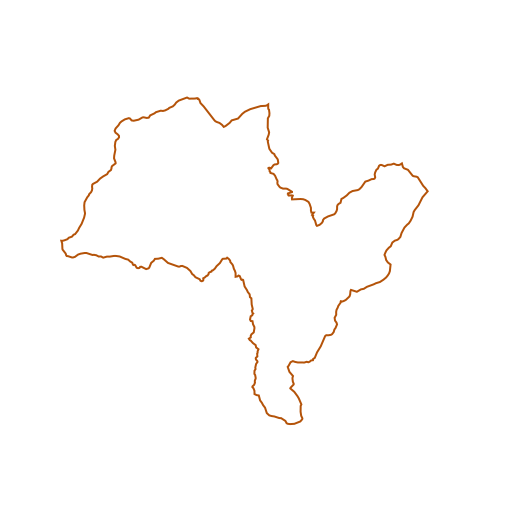 outline of San Gil, Santander, Colombia, rotated 163°
{"feature_id": "7082276B87231818219004", "entity_name": "San Gil", "entity_type": "district", "adm_level": 2, "iso_a3": "COL", "parent_name": "Colombia", "parent_adm1": "Santander", "projection": "mercator", "projection_center": [-73.117, 6.565], "detail": "fine", "context": "isolated", "style": "outline", "palette": "amber", "viewbox_px": 512, "rotation_deg": 163, "n_neighbors": 0, "source": "geoboundaries", "source_scale": "gbopen_adm2", "svg_char_len": 6116}
<svg xmlns="http://www.w3.org/2000/svg" viewBox="0 0 512 512"><g transform="rotate(163 256 256)"><path d="M72.9,267.7L74.2,271.4L75.6,274.2L78.3,284.0L79.3,284.9L81.9,286.2L82.7,286.9L85.5,294.0L88.8,296.6L89.5,298.2L89.4,301.9L91.3,301.3L92.8,301.2L94.9,302.0L97.2,304.0L100.1,303.9L103.4,304.7L106.8,304.2L109.0,306.1L109.9,306.6L111.1,306.6L111.9,306.3L113.9,303.9L115.6,303.3L117.6,301.1L118.7,299.2L119.0,296.4L119.9,295.4L120.8,295.2L123.0,295.7L126.5,295.2L129.7,295.2L134.9,291.1L137.7,289.6L139.4,289.3L144.7,289.9L148.2,289.2L151.5,287.4L155.5,286.0L157.6,285.6L159.6,282.2L161.9,281.6L163.2,280.8L163.9,279.8L164.8,277.0L165.8,275.5L167.8,273.6L169.1,273.0L175.5,272.8L179.9,271.9L181.5,270.7L182.0,269.5L183.5,268.3L186.1,267.2L188.9,267.0L189.3,268.0L189.2,272.6L189.9,274.8L190.2,277.1L189.6,277.8L190.4,278.8L188.0,280.6L190.3,281.3L190.2,283.3L189.4,286.0L189.5,290.0L190.0,292.4L192.5,295.2L194.3,296.5L196.8,297.5L205.0,299.6L204.7,301.1L203.2,303.0L204.0,303.5L207.0,304.2L207.3,304.6L207.0,305.7L207.4,306.1L207.2,306.5L202.9,306.6L202.8,306.9L206.4,311.0L207.6,311.7L210.4,312.5L212.7,314.3L213.3,315.3L214.4,318.4L214.2,319.7L213.6,320.9L213.5,322.2L213.8,323.0L214.3,327.2L215.2,329.4L217.9,331.2L217.8,332.1L218.2,333.0L217.8,334.7L218.5,336.2L218.4,336.5L217.6,336.6L216.7,336.1L215.9,335.4L212.7,337.8L211.4,338.1L209.5,337.7L208.4,337.8L207.5,338.5L207.0,341.5L207.1,342.5L208.6,346.5L208.7,348.1L210.5,350.1L211.9,354.6L211.3,361.9L210.7,362.8L211.4,364.4L208.4,368.3L207.3,370.4L207.3,375.3L204.4,384.2L202.3,386.2L201.4,388.6L200.8,392.1L201.2,392.9L201.1,393.9L200.0,397.4L201.9,396.8L203.2,396.9L207.7,398.0L218.5,398.1L224.4,397.2L227.5,396.0L233.0,392.7L239.6,392.8L242.3,391.0L247.1,389.2L249.1,388.9L250.1,391.3L252.0,393.9L254.4,395.7L255.5,396.8L256.2,398.2L262.3,414.3L264.4,418.5L264.5,421.7L265.1,423.2L265.8,423.3L265.8,424.0L266.2,424.2L268.3,424.4L273.9,426.0L275.6,427.7L284.4,427.2L287.4,426.1L289.5,424.5L291.8,423.4L295.7,423.0L296.7,422.4L300.3,421.8L302.6,421.9L304.6,422.8L309.6,422.8L311.4,422.1L316.1,421.4L318.0,419.7L318.6,419.7L320.2,420.0L322.9,421.5L324.1,421.7L328.4,420.7L333.4,421.1L335.3,422.0L336.3,424.3L337.3,425.0L341.5,425.0L345.3,424.0L347.2,423.1L349.3,421.2L353.0,419.0L354.6,417.0L354.3,415.0L352.7,412.8L351.9,411.0L352.3,409.5L354.0,408.2L355.6,407.9L357.1,406.3L358.8,402.6L359.4,398.7L362.2,393.5L363.2,390.9L362.9,386.7L363.2,385.6L367.3,384.1L368.2,383.1L368.6,382.0L369.6,380.6L372.5,379.6L374.4,377.8L378.9,376.8L382.5,375.6L386.2,373.5L390.8,372.6L391.7,372.1L392.6,370.0L392.8,368.5L393.7,366.7L395.0,365.3L397.6,363.8L398.1,362.9L400.2,361.5L404.2,357.6L405.5,354.6L406.6,350.3L407.0,346.9L407.4,346.0L409.2,342.9L413.4,337.7L416.9,334.6L418.9,332.4L422.6,329.8L424.2,329.7L426.4,328.3L429.7,328.2L431.4,327.2L434.8,327.0L436.7,327.1L437.7,327.5L437.7,324.7L439.0,319.6L439.1,318.7L437.3,314.0L437.3,312.1L437.0,311.3L435.8,310.8L432.4,308.4L431.5,308.1L429.4,308.1L425.7,309.4L423.1,309.5L419.2,309.0L417.2,308.4L412.1,304.8L410.6,304.5L408.5,303.4L406.6,301.5L404.4,300.9L402.6,299.1L398.6,299.0L396.2,298.2L391.9,297.6L389.9,297.0L386.5,295.4L381.8,291.4L379.3,289.9L377.9,287.5L376.3,285.8L376.2,283.8L375.9,283.2L374.7,283.1L374.2,282.5L373.6,279.8L373.1,279.2L371.8,278.7L370.9,278.7L370.0,279.5L368.8,279.3L364.9,275.6L362.4,275.6L361.5,276.1L358.2,280.1L355.1,281.4L353.5,282.8L350.3,282.0L346.6,281.8L345.2,280.0L342.2,275.1L333.4,268.6L332.2,268.2L330.7,268.4L329.3,268.0L325.5,264.8L323.1,260.8L322.3,257.4L321.1,255.8L320.1,253.4L316.7,250.3L316.3,248.5L315.2,247.7L313.9,247.9L313.3,248.5L313.0,250.1L311.4,250.4L309.1,251.5L308.2,251.4L306.7,252.5L306.3,253.5L305.3,254.0L303.2,254.1L302.6,254.9L301.4,254.9L299.1,255.9L296.7,257.8L292.6,259.8L289.3,262.7L288.5,263.0L285.1,262.2L284.1,262.8L282.9,261.2L282.1,259.2L282.3,257.7L281.0,254.7L280.8,253.2L280.9,250.2L280.5,248.0L280.5,245.7L281.6,242.1L279.6,241.9L278.4,242.4L277.9,242.0L277.4,241.5L277.1,238.0L276.8,237.4L275.7,237.3L275.3,236.8L275.8,230.2L274.6,225.9L274.4,224.0L273.3,221.2L273.8,218.4L272.8,216.9L274.3,210.9L274.6,206.4L274.9,205.8L275.9,205.1L276.0,202.8L275.5,201.8L276.3,201.4L276.9,200.4L278.7,199.9L280.3,197.0L280.0,195.4L278.4,194.7L278.8,191.6L278.3,188.6L278.6,187.4L280.5,183.6L283.3,182.4L284.4,181.2L284.8,179.7L287.0,179.0L286.5,177.3L285.8,176.7L284.4,173.6L282.4,170.9L282.6,168.5L280.9,166.1L282.3,164.4L282.8,162.9L283.4,162.4L284.1,159.5L285.9,158.7L286.2,158.1L286.3,157.0L285.5,155.3L285.5,154.3L287.5,152.7L289.3,149.5L289.5,148.0L291.0,146.7L292.0,143.7L291.6,142.5L291.9,139.8L292.2,138.8L293.4,137.4L294.0,135.8L294.0,135.2L295.4,133.4L297.4,132.4L297.8,131.8L297.1,130.2L296.9,127.5L297.8,124.4L296.1,122.8L294.1,121.8L294.3,116.7L293.3,113.9L292.8,111.3L291.7,108.3L291.6,102.6L289.9,99.7L287.9,98.4L285.4,97.2L281.1,94.2L279.4,93.6L276.1,89.7L275.6,87.1L274.6,86.2L272.6,85.3L268.4,84.3L262.0,84.8L259.5,86.4L259.1,87.2L259.5,90.0L258.9,94.0L257.1,99.6L256.0,100.8L256.7,107.3L257.3,109.8L259.1,114.9L261.9,119.3L261.5,119.9L257.6,122.1L257.3,122.7L257.5,125.1L257.0,128.0L256.7,128.9L255.7,130.4L257.9,135.4L258.1,140.7L257.0,141.4L254.0,144.3L251.5,144.7L249.6,143.3L247.2,142.0L240.9,140.0L238.4,140.0L237.1,139.1L235.7,139.2L233.8,140.0L232.0,139.7L231.5,140.8L229.6,141.4L225.8,146.0L220.5,150.7L213.3,159.2L212.0,159.7L209.8,159.0L207.4,158.7L206.1,159.0L203.9,160.6L202.5,162.8L201.1,163.8L198.5,166.9L198.5,168.8L199.3,171.1L198.9,173.9L196.5,176.3L195.7,179.1L194.7,181.0L193.0,182.7L191.9,184.2L188.2,187.1L188.3,187.8L188.1,188.0L186.7,187.2L184.5,187.4L182.8,187.8L178.4,190.0L177.2,191.7L175.9,194.9L175.1,195.8L170.0,192.3L165.4,193.4L162.5,193.1L158.9,194.1L151.7,194.5L149.3,194.9L145.1,194.9L141.0,196.1L137.9,197.4L135.8,198.8L133.9,200.4L132.4,202.4L129.8,208.5L131.8,211.3L132.7,214.1L132.5,217.3L132.8,219.5L131.2,221.5L129.6,223.2L126.5,225.1L124.3,225.9L121.7,229.0L118.7,230.1L116.4,230.1L115.1,230.4L112.4,232.0L110.1,235.4L105.7,239.8L102.2,241.8L100.4,242.5L97.9,244.5L94.8,247.8L92.4,252.0L90.8,253.5L85.8,257.0L79.6,263.5L72.9,267.7Z" fill="none" stroke="#b45309" stroke-width="2"/></g></svg>